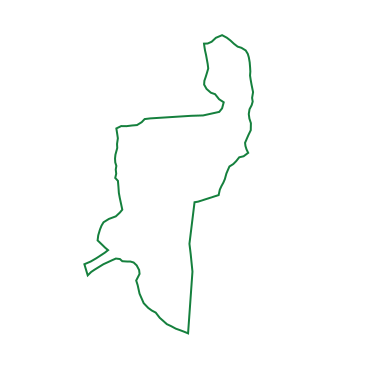 Alhandra, Paraíba, Brazil, rotated 229°
{"feature_id": "56859067B57617838189099", "entity_name": "Alhandra", "entity_type": "district", "adm_level": 2, "iso_a3": "BRA", "parent_name": "Brazil", "parent_adm1": "Paraíba", "projection": "robinson", "projection_center": [-34.923, -7.354], "detail": "fine", "context": "isolated", "style": "outline", "palette": "green", "viewbox_px": 384, "rotation_deg": 229, "n_neighbors": 0, "source": "geoboundaries", "source_scale": "gbopen_adm2", "svg_char_len": 1828}
<svg xmlns="http://www.w3.org/2000/svg" viewBox="0 0 384 384"><g transform="rotate(229 192 192)"><path d="M289.6,176.6L285.6,174.1L281.2,171.3L277.4,166.9L274.3,164.5L270.4,158.7L267.8,155.9L264.7,153.5L261.3,152.0L259.0,149.2L255.5,146.8L253.0,143.3L249.0,143.4L243.8,139.6L239.3,136.2L234.9,133.6L224.4,127.8L223.8,124.1L223.6,118.5L226.2,111.6L227.2,105.4L226.0,101.7L224.1,98.0L220.8,92.8L217.4,89.0L210.8,89.6L207.0,89.9L203.2,90.5L203.4,86.3L204.8,76.2L206.0,69.9L208.1,63.4L197.5,58.6L197.8,63.5L197.3,67.5L196.4,73.0L195.6,77.8L194.1,82.9L192.9,87.1L191.7,90.9L188.7,93.6L185.5,94.0L182.5,97.0L179.9,99.9L177.1,101.7L172.9,102.1L167.8,100.9L164.6,98.7L161.8,91.8L157.4,89.9L149.7,85.7L139.8,82.6L133.3,82.9L128.9,83.9L124.8,85.5L118.2,85.1L113.7,85.7L108.8,86.3L104.3,88.3L99.5,90.1L95.6,92.3L91.7,94.4L87.9,96.3L131.6,140.1L145.9,150.2L154.6,156.1L182.6,187.2L180.7,190.3L172.2,210.1L175.5,214.5L177.1,218.0L178.5,221.8L180.2,225.3L183.4,230.1L185.1,233.6L186.7,237.0L186.0,241.5L186.3,245.5L187.2,250.4L185.1,254.4L184.7,260.1L188.4,261.1L191.6,262.5L194.3,264.3L196.2,268.2L198.0,272.0L200.1,276.9L205.3,281.6L209.8,283.5L213.6,286.0L216.7,289.7L218.4,294.0L220.4,297.1L223.6,299.1L227.3,303.6L231.2,305.8L234.2,307.5L238.2,309.9L241.8,312.2L244.7,315.1L247.8,317.5L252.0,320.6L256.3,323.2L259.6,324.7L263.6,325.4L268.4,323.9L271.8,321.8L276.4,320.9L281.1,320.4L285.6,319.5L290.6,317.6L292.7,311.2L292.5,305.4L293.8,301.2L296.1,298.4L293.2,296.5L290.3,294.7L286.2,292.5L282.0,290.0L278.3,287.8L274.6,285.3L272.2,281.6L269.9,277.9L267.8,274.3L265.1,271.6L260.2,270.6L254.5,271.4L250.7,273.6L244.2,273.3L238.9,274.8L235.4,269.6L234.6,265.1L242.5,250.6L250.1,241.3L275.0,208.7L278.1,204.1L277.7,199.8L278.6,194.4L281.6,190.3L284.7,185.7L288.2,181.8L289.6,176.6Z" fill="none" stroke="#15803d" stroke-width="2"/></g></svg>